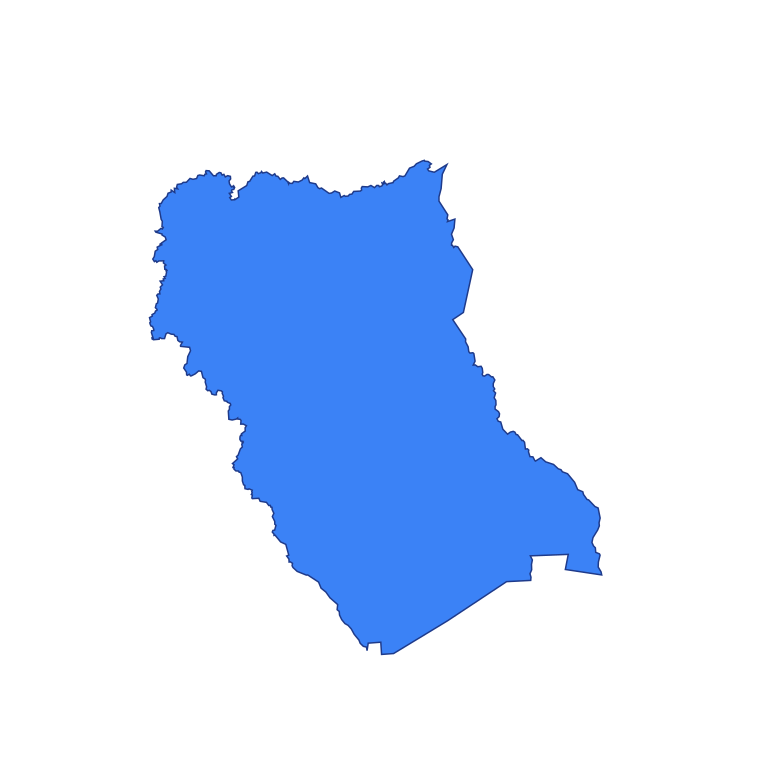 Mareeba, Queensland, Australia, rotated 232°
{"feature_id": "25037944B55743987265110", "entity_name": "Mareeba", "entity_type": "district", "adm_level": 2, "iso_a3": "AUS", "parent_name": "Australia", "parent_adm1": "Queensland", "projection": "albers", "projection_center": [144.699, -17.129], "detail": "fine", "context": "isolated", "style": "filled", "palette": "blue", "viewbox_px": 768, "rotation_deg": 232, "n_neighbors": 0, "source": "geoboundaries", "source_scale": "gbopen_adm2", "svg_char_len": 6170}
<svg xmlns="http://www.w3.org/2000/svg" viewBox="0 0 768 768"><g transform="rotate(232 384 384)"><path d="M661.7,315.1L657.6,313.3L651.0,309.8L648.7,309.5L644.7,305.9L643.3,306.5L642.6,304.8L643.9,304.0L643.8,299.6L645.3,297.8L644.1,297.7L638.9,301.4L638.1,300.8L634.5,302.1L631.8,301.1L632.1,295.5L629.9,294.3L632.0,294.5L632.1,293.6L630.9,293.0L631.5,289.5L629.3,288.5L629.5,285.5L625.8,281.4L624.8,278.7L621.8,278.4L621.6,280.1L619.8,279.9L619.6,282.3L616.7,286.2L615.2,284.7L612.0,285.4L612.1,283.7L609.3,281.9L608.2,283.0L607.1,282.9L607.3,281.9L606.2,281.7L603.3,278.4L604.0,276.7L602.0,276.5L602.7,274.7L601.0,274.0L602.9,270.9L598.5,270.5L598.1,267.3L596.2,266.7L595.2,264.1L593.0,262.9L594.1,261.3L593.8,259.5L590.0,258.5L587.2,255.4L587.4,254.0L584.9,250.8L582.5,251.1L581.8,250.4L582.2,248.9L581.0,247.0L581.5,243.9L580.1,243.2L580.7,240.1L576.6,238.3L576.4,237.1L574.6,236.4L573.1,236.1L571.9,237.0L568.9,236.3L567.9,235.5L569.0,233.8L567.8,232.4L562.2,230.3L563.2,229.6L562.3,229.0L560.8,229.6L557.7,234.4L558.6,235.4L558.1,236.2L556.7,236.7L554.9,239.0L557.7,243.0L557.6,245.2L554.3,247.0L552.4,249.0L550.2,248.8L548.8,250.1L545.3,248.4L543.1,248.9L541.1,250.9L539.7,247.4L538.9,246.9L532.6,253.4L529.3,252.0L526.4,246.2L521.5,241.4L521.7,238.8L519.9,236.0L515.0,235.7L512.7,234.1L511.9,234.4L511.6,236.6L509.5,236.5L509.0,237.3L508.2,241.5L508.4,246.0L506.4,247.9L500.5,245.3L498.0,246.1L496.8,245.6L495.6,244.3L491.0,242.5L489.5,240.6L487.2,241.0L486.6,242.4L484.6,243.0L482.0,242.1L479.5,244.0L478.7,245.3L480.2,246.4L481.3,249.3L478.7,251.6L477.2,251.8L476.2,250.7L473.2,250.0L472.4,248.7L469.1,247.8L467.0,249.6L466.1,249.3L463.3,250.9L461.8,250.3L461.4,248.3L459.2,246.6L458.6,244.7L451.7,240.0L449.1,242.2L447.3,246.0L447.3,247.7L446.5,247.1L444.7,248.9L443.3,248.9L440.6,246.4L439.0,248.5L435.8,249.9L435.0,247.6L432.4,245.7L432.5,241.0L431.0,240.2L431.8,239.4L431.1,238.1L429.2,236.4L427.3,236.0L425.6,237.5L425.4,236.4L424.5,236.8L424.2,234.9L421.6,233.6L421.3,230.9L417.8,225.3L417.6,223.0L415.1,222.6L414.6,215.6L412.7,216.1L411.2,213.6L410.5,214.4L409.4,213.4L406.8,213.7L404.9,215.8L403.8,215.5L402.4,216.6L397.9,215.1L394.8,212.7L391.0,211.3L389.8,211.9L387.1,210.0L384.6,212.0L384.5,213.1L381.4,214.8L380.5,213.4L379.4,213.2L378.6,211.4L377.5,211.9L375.6,209.7L374.7,209.7L371.0,215.0L367.8,214.2L363.1,218.5L359.2,218.4L358.3,219.7L356.8,219.0L355.8,219.8L353.9,218.5L349.9,217.6L348.3,214.4L343.0,213.3L340.7,211.6L339.2,211.9L336.2,207.9L337.0,206.3L336.1,204.8L333.4,204.9L332.4,204.1L331.9,205.1L323.2,205.3L318.1,207.9L307.8,203.6L308.4,201.4L304.6,201.3L302.1,199.6L301.5,200.7L299.0,201.5L297.4,199.7L295.4,199.3L289.8,200.2L281.3,205.1L280.5,206.3L268.2,210.5L261.8,208.7L255.9,210.1L248.7,209.8L238.7,211.7L235.0,208.1L232.3,208.7L229.3,206.7L224.4,205.6L219.3,205.7L216.0,207.1L211.1,207.4L205.0,206.4L197.6,206.6L194.3,205.6L190.0,206.2L187.5,208.2L184.3,206.5L189.5,212.0L182.5,222.5L172.4,215.6L165.7,225.6L158.3,288.2L152.8,358.9L138.9,378.7L141.3,380.9L144.6,382.2L146.7,386.0L151.1,389.2L154.0,392.6L158.5,393.5L136.3,424.3L126.2,412.7L99.5,438.0L102.4,439.4L107.9,440.1L111.7,443.3L116.1,448.9L117.5,449.2L121.0,447.2L124.8,449.7L127.4,449.4L131.1,450.3L134.3,454.1L137.4,462.5L139.7,466.4L142.2,468.0L145.3,471.8L154.5,476.4L157.5,474.8L166.7,473.9L168.0,472.9L174.1,473.2L176.7,474.3L181.5,471.6L189.2,473.7L200.3,473.4L205.0,470.5L207.5,470.7L209.9,469.1L216.2,468.1L223.1,463.5L229.3,462.3L230.0,455.9L230.7,455.7L234.9,456.5L236.9,454.3L241.6,456.1L242.8,457.4L244.6,457.1L245.7,455.4L251.6,458.9L254.1,458.8L254.5,457.9L261.8,458.0L262.8,457.0L265.5,457.5L267.1,456.7L268.3,454.0L268.4,450.5L275.2,449.8L282.2,452.6L284.3,451.1L287.1,451.6L287.4,454.6L289.4,456.7L291.8,457.2L295.8,456.1L297.9,457.7L298.6,459.4L302.2,462.0L305.3,462.3L308.2,466.4L311.3,466.1L311.9,468.2L314.7,468.5L317.1,470.4L318.9,473.8L322.7,474.2L323.4,473.1L327.0,472.3L328.1,471.1L328.3,468.1L329.6,467.0L331.3,467.4L332.2,468.9L335.9,471.1L338.2,471.4L339.9,468.5L342.8,467.7L344.0,466.0L345.9,469.8L352.6,473.5L353.9,473.3L355.4,470.8L357.3,470.7L361.5,473.2L367.0,474.2L369.2,476.1L392.4,477.8L391.5,490.6L419.5,524.3L446.7,526.6L448.9,524.8L448.6,523.0L451.1,523.3L451.8,522.7L453.5,524.1L455.0,527.5L460.5,529.4L463.8,535.3L470.3,541.4L472.9,534.0L473.9,535.5L475.3,535.3L478.0,538.4L494.2,539.9L497.7,542.6L502.8,549.3L513.4,559.1L518.2,568.7L519.9,554.0L524.4,550.5L526.6,550.6L526.4,553.6L528.4,554.4L528.3,556.8L532.2,555.7L534.5,553.3L535.4,553.5L536.3,551.2L537.6,545.1L537.0,541.8L538.4,537.0L535.1,528.6L535.7,526.7L538.5,524.3L537.6,522.2L537.9,516.5L537.1,515.1L539.2,510.8L539.1,508.9L541.3,508.9L541.6,508.0L543.4,509.0L543.4,507.8L542.3,506.8L543.5,506.2L541.8,505.6L541.4,504.1L542.3,501.8L543.7,502.0L544.9,500.6L544.6,497.4L548.5,495.9L549.3,492.6L553.0,488.4L552.3,486.7L550.6,485.8L550.6,484.1L554.4,478.7L553.4,475.6L554.6,473.6L554.2,471.4L555.7,469.1L557.0,468.7L557.6,464.9L562.0,466.6L566.4,464.0L566.8,460.2L568.0,458.1L576.9,455.4L577.6,453.5L579.3,452.8L583.8,453.4L588.5,449.4L595.0,451.8L594.6,448.1L595.8,447.8L595.1,445.0L595.9,440.9L599.2,437.7L598.5,435.3L600.1,433.4L601.5,433.1L600.6,432.1L602.6,432.6L608.2,431.8L609.1,430.5L609.1,428.2L613.0,428.2L614.4,426.9L616.9,427.3L617.1,424.2L623.2,422.0L624.9,418.4L626.9,418.3L626.3,417.2L627.1,414.5L629.1,414.3L629.7,413.2L627.6,410.1L628.5,408.7L626.4,402.9L627.1,401.3L624.9,398.0L626.0,388.0L620.7,384.7L621.0,380.2L621.6,380.3L621.4,379.4L623.0,377.0L625.9,377.2L625.7,379.2L629.5,379.5L628.2,382.5L630.0,382.6L630.7,383.9L629.8,385.4L630.8,387.3L632.6,387.5L632.2,386.6L632.9,386.6L633.2,385.1L636.9,385.5L639.4,386.9L640.0,389.4L642.2,390.8L644.4,389.1L644.9,386.4L647.8,386.9L648.3,385.1L650.9,385.5L652.1,384.4L652.4,381.0L651.4,380.0L653.1,377.8L659.6,377.5L661.7,375.2L661.0,373.9L658.9,373.5L659.6,372.0L658.8,370.5L662.2,367.4L662.9,365.7L661.3,362.8L662.9,359.5L665.4,357.7L664.6,352.5L666.5,349.9L666.4,347.8L668.5,344.0L666.8,341.7L664.8,341.6L667.3,339.3L663.7,337.0L667.8,335.7L666.3,334.4L667.3,331.3L665.4,328.5L665.0,323.3L663.4,319.6L664.4,318.1L662.1,317.0L661.7,315.1Z" fill="#3b82f6" stroke="#1e3a8a" stroke-width="1.5"/></g></svg>